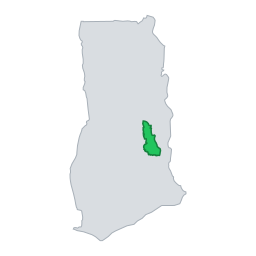 Sene East, Brong Ahafo, Ghana (highlighted)
{"feature_id": "2480657B21050367867823", "entity_name": "Sene East", "entity_type": "district", "adm_level": 2, "iso_a3": "GHA", "parent_name": "Ghana", "parent_adm1": "Brong Ahafo", "projection": "equal_earth", "projection_center": [-0.307, 7.665], "detail": "fine", "context": "in_parent", "style": "filled", "palette": "green", "viewbox_px": 256, "rotation_deg": 0, "n_neighbors": 0, "source": "geoboundaries", "source_scale": "gbopen_adm2", "svg_char_len": 5643}
<svg xmlns="http://www.w3.org/2000/svg" viewBox="0 0 256 256"><path d="M153.1,17.2L154.7,19.3L155.1,20.5L154.5,25.0L153.3,28.2L152.5,31.2L152.6,32.7L153.4,34.1L155.9,36.5L157.2,38.0L158.7,40.3L160.5,42.6L163.5,45.5L164.8,46.0L164.7,46.8L164.3,48.0L164.0,58.9L163.8,61.7L163.6,63.1L163.3,67.2L163.0,67.8L162.4,67.8L161.9,67.9L161.8,68.7L162.0,69.6L163.8,70.1L163.4,70.8L162.1,71.3L161.4,72.6L161.7,74.0L161.0,75.1L161.2,75.8L161.7,76.4L162.4,76.2L164.5,74.3L165.4,74.1L166.5,74.5L168.6,77.4L168.7,78.8L167.8,83.6L167.0,87.3L166.9,92.3L167.7,95.1L167.6,96.6L166.7,97.9L164.6,99.8L164.8,101.1L165.7,103.6L167.5,106.3L171.0,109.7L172.8,114.0L172.9,115.8L171.8,117.6L170.5,119.2L170.1,121.4L170.7,136.1L168.0,142.5L167.9,144.3L168.2,146.4L168.9,147.7L170.3,148.0L171.5,149.3L171.1,153.8L170.5,158.3L170.4,160.5L170.1,161.6L169.0,162.4L168.6,163.9L168.8,165.7L168.6,167.0L169.2,168.7L170.5,170.8L172.5,176.1L173.3,176.5L173.6,177.6L173.4,178.7L174.2,181.0L176.4,183.4L178.8,185.4L180.7,185.7L181.1,187.5L182.4,189.8L183.3,190.8L184.7,191.5L185.9,191.9L186.0,193.8L183.8,195.2L182.4,197.2L181.3,200.3L179.8,203.7L174.5,205.4L172.5,205.5L161.7,205.5L151.6,212.2L145.8,214.6L142.2,218.3L137.4,221.0L134.0,224.3L127.0,225.8L115.6,230.9L112.0,232.9L108.3,236.5L102.4,240.6L100.1,240.6L95.5,236.7L92.0,234.7L83.6,231.8L77.2,230.6L74.2,229.3L73.3,229.1L74.0,227.7L75.8,227.6L77.7,228.1L79.1,227.0L81.1,226.9L81.7,225.7L81.9,222.9L81.8,220.7L82.6,219.7L82.7,217.0L81.7,211.1L81.0,210.4L77.3,209.6L77.1,208.4L76.4,207.2L75.7,204.1L74.9,199.6L73.6,194.0L71.1,184.7L70.5,181.4L70.1,178.1L70.0,174.1L70.5,172.6L70.5,170.6L70.2,168.5L72.0,163.8L75.4,158.0L76.2,156.0L76.8,154.5L76.9,152.4L77.5,145.7L79.2,137.6L80.2,134.5L80.9,132.9L81.8,130.2L82.0,128.9L85.2,125.7L86.6,124.9L86.9,123.6L86.4,122.3L86.7,121.3L87.4,120.9L88.6,120.5L89.4,119.2L88.1,109.2L87.1,99.2L87.0,98.4L86.4,97.0L85.7,92.9L84.7,90.5L83.2,89.8L83.2,87.5L84.7,83.7L85.1,81.4L84.4,80.8L84.3,79.0L84.8,76.2L84.6,74.5L84.3,72.6L82.8,68.3L82.4,65.2L83.2,63.4L83.2,59.4L82.3,53.3L82.2,49.5L82.8,47.9L82.5,46.4L81.4,44.9L81.3,43.5L82.3,42.2L82.2,41.1L81.0,40.3L79.9,38.4L79.0,35.5L79.2,30.7L81.0,22.0L81.2,21.3L83.2,21.3L83.3,21.7L89.6,21.6L96.8,21.5L105.4,21.4L113.2,21.3L113.6,20.9L114.9,20.4L122.8,21.3L127.7,20.9L129.8,21.1L131.4,21.7L134.8,21.4L136.6,21.6L138.0,23.8L138.5,23.7L139.3,22.8L140.7,21.8L142.1,20.9L143.1,19.2L143.7,17.9L144.6,18.2L145.9,18.1L146.7,17.0L147.1,15.4L153.1,17.2Z" fill="#d9dde1" stroke="#a8b0b8" stroke-width="1"/><path d="M154.5,137.6L155.0,136.5L155.0,135.6L154.5,135.1L154.2,135.1L153.8,135.2L153.4,135.4L152.9,135.4L152.3,135.3L152.0,135.0L151.8,134.5L151.6,134.0L151.5,133.6L151.3,132.7L151.1,129.9L151.1,129.7L151.2,128.8L151.3,128.6L151.4,128.3L151.2,128.0L150.3,128.0L150.4,127.6L151.1,126.3L151.2,125.9L150.9,125.4L150.4,125.7L149.3,125.4L148.6,124.8L148.4,123.8L147.2,122.4L146.5,121.9L145.6,121.5L144.8,121.2L143.9,121.1L143.3,121.0L143.2,121.0L142.9,123.3L142.8,123.5L142.9,123.8L142.9,124.0L143.9,126.9L143.7,126.9L143.6,127.0L143.5,127.4L143.1,127.8L143.2,128.0L143.3,128.1L143.2,128.2L143.2,128.4L143.2,128.7L143.2,128.8L143.1,129.4L143.2,129.8L143.3,129.8L143.4,130.1L143.2,130.6L143.3,130.8L143.4,131.0L143.6,131.3L143.6,131.5L143.5,131.8L143.5,132.2L143.5,132.5L143.5,132.8L143.3,133.0L143.4,133.3L143.4,133.5L143.3,133.9L143.3,134.0L144.1,134.0L144.2,134.3L144.1,134.5L144.0,134.9L143.9,134.9L143.9,135.0L143.7,135.3L143.5,135.5L143.6,135.9L143.9,136.1L143.9,136.3L143.8,136.7L143.9,136.8L144.0,137.1L144.1,137.4L144.3,137.6L144.3,138.0L144.6,138.5L144.6,138.9L146.2,138.9L146.2,139.4L146.3,139.5L146.3,139.9L146.2,140.1L146.2,140.3L146.2,140.6L146.2,141.0L146.1,141.5L145.9,141.8L145.9,142.1L146.0,142.3L145.9,142.4L146.0,142.6L146.0,142.8L146.1,143.1L146.3,143.1L146.6,143.1L146.8,143.1L146.8,143.3L146.7,143.3L146.5,143.5L146.3,143.6L146.2,143.7L146.2,143.8L145.9,144.0L145.9,143.9L145.7,144.0L145.4,144.2L145.2,144.2L145.1,144.3L144.9,144.4L144.7,144.5L144.4,144.9L144.4,145.0L144.2,145.2L144.2,145.3L144.1,145.5L143.9,145.7L143.9,145.8L143.8,146.0L143.8,146.3L143.7,146.4L143.7,146.5L143.7,146.8L143.8,147.0L143.7,147.2L143.7,147.3L143.7,147.5L143.8,147.6L143.9,147.8L144.0,148.0L144.0,148.3L144.1,148.5L144.2,148.8L144.3,148.9L144.3,149.0L144.2,149.2L144.3,149.2L144.3,149.3L144.5,149.4L144.5,149.5L144.6,149.8L144.6,150.0L144.7,150.3L144.8,150.5L144.9,150.8L145.0,150.8L145.3,150.8L145.4,150.7L145.4,150.8L145.5,150.8L145.6,151.1L145.6,151.3L145.8,151.3L146.0,151.4L146.2,151.5L146.3,151.5L146.2,151.5L146.3,151.7L146.4,151.8L146.5,151.8L146.5,151.7L146.8,151.7L146.8,151.8L147.0,151.9L147.0,152.0L147.0,151.9L147.3,151.7L147.4,151.9L147.5,152.0L147.8,152.3L148.0,152.3L148.0,152.5L148.1,152.9L148.1,153.0L148.2,153.4L148.2,153.5L148.3,153.9L148.5,153.9L148.5,154.0L148.5,154.3L148.6,154.6L148.9,154.5L149.1,154.3L149.1,154.2L149.2,154.3L149.2,154.6L149.3,154.7L149.6,154.6L149.8,154.6L150.1,154.7L150.2,154.8L150.3,154.7L150.5,154.7L150.7,154.8L150.8,154.9L151.0,154.7L151.2,154.9L151.4,154.9L151.6,154.9L151.8,154.9L152.1,154.9L152.2,155.0L152.3,155.2L152.5,155.3L152.9,155.3L153.3,155.1L153.5,154.8L153.9,154.9L154.2,155.0L154.5,154.9L154.8,155.0L155.0,154.9L155.2,155.2L155.4,155.3L155.7,155.2L155.8,155.4L156.0,155.4L156.2,155.7L156.7,155.6L157.0,155.3L157.5,155.5L157.8,155.3L158.1,155.3L158.5,155.3L159.1,155.4L159.5,155.4L159.7,154.9L159.9,154.0L160.2,152.0L160.5,150.8L160.3,149.4L160.1,148.8L159.6,148.3L159.4,148.3L158.8,148.0L158.5,147.6L158.1,147.4L157.5,146.7L157.3,146.6L157.1,145.9L156.9,144.8L156.0,142.7L155.1,141.4L154.5,139.7L154.4,138.9L154.5,138.4L154.5,137.6Z" fill="#22c55e" stroke="#15803d" stroke-width="1.5"/></svg>